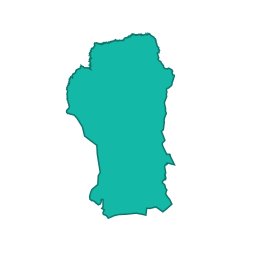 Ulaan uul, Hövsgöl, Mongolia, rotated 59°
{"feature_id": "93677404B26765322238100", "entity_name": "Ulaan uul", "entity_type": "district", "adm_level": 2, "iso_a3": "MNG", "parent_name": "Mongolia", "parent_adm1": "Hövsgöl", "projection": "robinson", "projection_center": [98.358, 50.878], "detail": "fine", "context": "isolated", "style": "filled", "palette": "teal", "viewbox_px": 256, "rotation_deg": 59, "n_neighbors": 0, "source": "geoboundaries", "source_scale": "gbopen_adm2", "svg_char_len": 5611}
<svg xmlns="http://www.w3.org/2000/svg" viewBox="0 0 256 256"><g transform="rotate(59 128 128)"><path d="M196.0,184.9L197.4,180.5L200.8,174.2L205.2,164.9L209.7,159.8L211.9,157.6L206.4,153.3L208.2,150.7L210.1,144.6L217.8,141.3L217.1,136.1L215.8,129.6L210.5,129.1L207.7,129.6L203.9,129.7L201.9,127.7L201.4,127.0L201.3,126.7L200.5,126.6L198.7,126.9L196.2,125.9L195.3,125.9L192.7,126.7L191.4,126.1L191.5,125.3L191.1,124.8L191.1,123.8L190.9,123.5L191.3,123.5L191.0,123.4L191.1,123.2L191.5,123.0L191.5,122.6L191.4,122.4L191.0,122.6L190.7,122.4L190.6,121.8L190.2,121.7L190.3,121.3L190.0,121.3L190.0,121.5L189.7,121.2L189.3,121.3L188.9,120.9L188.7,121.1L188.3,120.8L187.5,120.9L187.3,120.2L186.8,120.2L186.2,119.6L186.1,118.9L179.7,116.4L178.9,114.8L179.2,114.4L179.1,114.1L178.7,114.0L178.7,113.7L179.1,113.1L178.9,112.6L178.3,112.7L178.4,112.1L183.4,107.1L173.8,106.3L172.8,105.7L172.6,105.7L172.4,106.1L171.8,106.0L171.4,106.9L170.8,107.6L170.7,108.4L160.8,107.5L158.4,106.2L158.2,104.3L157.5,102.7L148.1,101.1L147.6,98.6L141.6,93.8L140.3,93.4L139.3,92.7L139.0,92.1L138.5,91.9L137.8,91.0L137.2,90.5L137.0,90.0L136.0,89.0L135.8,88.3L135.4,87.9L134.9,87.5L132.8,87.2L130.5,85.7L126.4,84.4L124.8,83.6L121.0,78.7L118.7,77.7L117.7,76.6L116.9,76.0L115.4,75.6L114.8,75.2L114.2,74.0L114.6,72.9L114.4,71.4L114.0,69.8L114.1,69.0L112.7,67.4L111.4,66.6L111.1,65.7L110.5,65.3L109.7,64.1L108.8,63.4L108.0,62.2L106.9,61.3L106.6,61.3L106.0,61.6L105.7,62.3L104.5,62.2L103.8,61.7L102.7,61.6L102.5,61.3L102.6,60.7L102.4,60.6L101.0,60.4L98.3,61.8L97.5,62.6L97.5,62.9L97.8,63.6L96.0,65.8L94.4,66.2L92.9,65.5L89.6,66.0L88.0,65.7L87.1,66.2L86.8,66.6L84.7,66.9L84.3,66.7L84.2,66.1L83.4,65.4L79.1,64.5L78.8,63.8L79.1,63.5L79.4,62.6L78.1,61.9L77.8,61.0L77.0,61.0L76.3,61.3L75.6,61.0L75.2,60.4L74.5,60.4L73.2,60.9L72.6,60.6L71.7,60.6L70.4,59.9L69.1,60.0L68.1,59.2L67.0,59.2L66.8,58.9L66.0,58.7L65.5,58.7L64.3,59.2L63.3,59.1L62.5,59.8L61.3,60.2L60.9,60.6L59.1,60.8L58.3,61.2L58.7,61.4L58.2,61.9L57.5,62.3L57.8,62.4L58.0,63.3L57.8,63.3L57.4,64.0L57.0,64.0L57.3,64.2L56.6,64.8L56.5,66.4L55.9,67.3L56.1,67.5L55.5,67.7L55.6,68.0L54.8,68.2L55.1,68.7L54.5,68.7L54.6,68.9L54.4,69.1L54.5,69.2L54.2,69.3L54.4,69.6L54.2,69.9L53.7,70.0L53.3,70.3L53.5,70.8L52.9,71.7L53.1,72.1L52.6,72.5L52.8,72.7L52.4,73.1L52.7,73.3L52.6,73.8L51.3,74.1L50.7,74.6L50.9,75.0L50.3,75.2L50.2,75.7L49.9,75.7L50.0,76.1L49.6,76.3L49.6,76.5L50.3,76.8L50.1,77.6L50.4,77.7L50.5,78.0L50.0,78.3L50.3,78.8L50.0,79.5L50.4,79.5L50.1,79.8L50.2,80.4L49.9,80.5L50.2,80.9L50.0,81.6L50.3,81.8L49.9,82.0L49.8,82.9L49.4,83.7L49.5,84.6L49.2,84.9L50.2,85.9L50.0,86.2L50.1,86.6L50.4,86.5L50.5,86.8L50.3,86.9L50.4,87.4L49.8,87.8L49.8,88.3L49.4,88.7L49.1,89.7L48.4,89.9L48.3,90.6L48.5,90.8L48.3,91.5L47.7,91.7L47.8,92.4L47.1,92.5L46.6,93.3L45.9,93.3L45.9,93.9L46.2,94.2L46.1,94.5L46.5,94.6L46.1,95.2L46.1,95.5L45.8,96.3L45.9,96.5L45.8,96.8L45.5,96.9L45.8,97.7L45.2,97.9L45.1,98.2L45.2,98.4L45.0,98.5L45.2,98.9L44.8,99.5L45.3,100.4L44.6,100.6L44.9,100.8L44.8,101.2L44.9,101.7L44.2,102.2L43.6,102.3L43.7,102.7L43.3,103.1L43.5,103.4L43.1,103.6L43.3,103.8L43.2,104.2L42.6,104.6L42.9,104.9L43.2,105.0L43.0,105.5L43.1,106.0L42.7,105.9L42.8,106.1L42.2,106.4L42.4,106.7L42.2,107.0L42.5,107.2L42.1,107.5L42.6,107.9L42.2,108.1L42.0,108.6L41.2,108.7L41.3,109.1L40.2,109.8L40.1,110.0L40.5,110.1L40.5,110.3L38.9,110.9L38.8,111.1L39.1,111.3L38.5,111.8L38.6,112.5L38.2,112.8L38.7,113.1L38.6,113.5L40.5,114.3L40.8,114.6L41.0,115.9L41.5,116.3L41.7,116.8L41.1,117.5L41.3,117.8L41.2,118.5L42.2,119.0L42.3,119.9L43.3,120.2L43.1,120.6L43.7,120.7L43.7,121.3L44.0,121.5L43.9,121.9L45.2,122.4L44.8,122.3L44.7,122.7L45.2,122.6L45.4,122.9L45.4,122.7L45.8,122.8L46.2,122.5L46.6,122.9L46.5,123.1L46.9,123.1L47.4,123.6L48.0,123.7L48.4,124.1L49.0,124.0L49.1,123.7L49.3,124.0L49.0,124.4L49.3,124.2L49.2,124.6L49.8,124.6L49.4,124.7L49.8,124.9L49.8,125.2L49.5,125.4L50.2,125.7L50.7,125.4L50.4,125.9L50.7,125.8L50.8,126.1L51.2,126.2L51.2,126.7L51.4,126.5L52.5,126.7L53.0,126.6L53.6,126.9L53.6,127.4L54.0,127.4L53.8,127.7L54.3,127.8L54.1,127.9L54.3,128.3L54.7,128.4L54.7,128.1L55.3,128.4L55.1,128.6L56.0,128.4L56.0,128.8L56.4,128.9L56.5,128.6L56.5,128.9L56.9,129.2L56.7,129.5L57.4,129.4L57.7,129.8L58.3,129.8L55.8,131.4L53.8,134.6L52.3,134.8L52.0,135.4L50.3,136.0L50.8,136.3L51.0,137.2L51.8,137.8L52.3,138.6L51.8,140.1L51.7,142.3L51.9,143.0L52.6,143.4L52.8,143.9L53.4,144.3L53.6,144.8L53.5,145.8L53.8,146.3L53.3,146.8L53.6,147.2L53.6,147.8L54.1,148.4L54.5,149.2L55.5,149.2L56.1,149.3L56.4,149.7L55.6,149.9L54.7,150.8L55.2,151.3L55.4,152.0L55.8,152.2L55.6,152.4L55.8,153.1L57.0,153.8L57.7,154.0L57.9,154.7L58.2,155.1L59.3,155.1L59.2,155.5L59.3,155.7L60.0,155.8L60.0,156.2L59.7,156.6L60.6,156.8L60.8,158.2L61.5,158.7L62.0,159.7L63.0,160.0L63.2,160.6L65.2,160.7L65.7,161.0L66.5,161.7L66.5,162.1L67.1,162.3L67.8,163.1L68.8,163.2L69.8,164.0L70.4,164.1L71.6,164.6L71.6,165.2L72.2,165.2L73.2,165.7L73.8,165.6L76.2,166.4L77.4,166.5L78.1,167.0L78.9,167.0L79.5,167.3L80.9,168.9L80.8,169.9L81.3,171.3L81.8,171.6L81.9,172.0L82.9,172.5L84.5,172.2L84.8,171.5L85.1,171.4L89.3,167.4L93.8,166.6L103.6,166.5L112.6,169.3L126.8,163.6L134.7,167.8L151.7,174.6L153.7,178.1L160.9,183.0L162.1,190.4L163.8,192.9L167.1,196.3L169.5,197.3L171.6,196.5L171.8,195.8L173.5,194.7L174.5,194.3L175.2,194.3L175.4,193.9L176.2,194.0L177.0,193.4L177.9,193.4L178.6,192.8L178.6,192.1L178.9,191.5L178.2,189.9L176.6,188.3L175.9,188.1L175.5,187.6L176.5,186.3L182.7,190.0L183.5,191.9L185.8,190.4L186.1,190.5L186.5,191.5L187.5,192.8L188.6,193.5L189.2,193.6L190.0,193.2L191.1,192.1L192.4,191.5L195.1,191.4L196.0,184.9Z" fill="#14b8a6" stroke="#0f766e" stroke-width="1.5"/></g></svg>